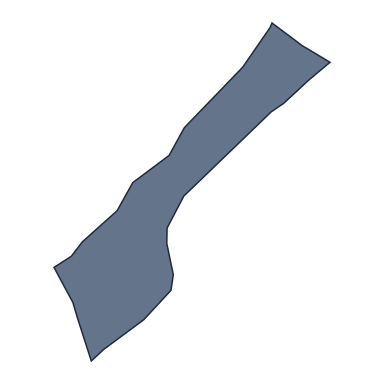 the border of Gaza Strip
{"feature_id": "GAZ+00?", "entity_name": "Gaza Strip", "entity_type": "state/province", "adm_level": 1, "iso_a3": "PSE", "parent_name": "Palestine", "parent_adm1": "", "projection": "albers", "projection_center": [34.369, 31.397], "detail": "fine", "context": "isolated", "style": "filled", "palette": "slate", "viewbox_px": 384, "rotation_deg": 0, "n_neighbors": 0, "source": "natural_earth", "source_scale": "10m", "svg_char_len": 443}
<svg xmlns="http://www.w3.org/2000/svg" viewBox="0 0 384 384"><path d="M272.0,23.0L302.1,45.6L330.0,62.3L308.5,80.3L283.3,103.7L283.1,103.7L271.4,111.7L183.8,196.1L167.1,228.0L166.8,243.5L173.3,274.7L171.0,290.3L143.8,319.7L103.7,349.4L91.3,361.0L77.3,317.5L72.9,302.5L54.0,267.4L71.4,256.2L82.3,241.9L117.1,210.7L132.8,182.6L169.1,155.4L184.4,127.6L242.7,67.2L270.1,27.5L272.0,23.0Z" fill="#64748b" stroke="#1e293b" stroke-width="1.5"/></svg>